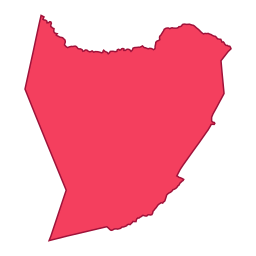 Palmas de Monte Alto, Bahia, Brazil (Mercator projection)
{"feature_id": "56859067B99815103572089", "entity_name": "Palmas de Monte Alto", "entity_type": "district", "adm_level": 2, "iso_a3": "BRA", "parent_name": "Brazil", "parent_adm1": "Bahia", "projection": "mercator", "projection_center": [-43.172, -14.195], "detail": "fine", "context": "isolated", "style": "filled", "palette": "rose", "viewbox_px": 256, "rotation_deg": 0, "n_neighbors": 0, "source": "geoboundaries", "source_scale": "gbopen_adm2", "svg_char_len": 3409}
<svg xmlns="http://www.w3.org/2000/svg" viewBox="0 0 256 256"><path d="M231.0,48.8L230.5,47.4L229.7,46.2L228.4,46.2L227.4,45.4L226.0,45.4L224.9,44.3L224.1,42.8L223.3,41.9L222.0,42.1L221.4,40.6L220.8,39.3L219.3,39.2L217.5,38.8L216.4,37.3L215.3,36.3L213.9,36.1L212.4,35.4L211.0,34.5L209.6,34.1L208.2,33.4L206.6,33.6L205.0,33.4L203.5,33.9L202.0,32.9L200.5,31.5L199.5,30.4L198.2,29.2L196.5,27.9L195.2,26.7L194.4,26.0L193.3,25.3L191.8,25.0L190.7,24.6L189.5,24.2L188.2,24.3L186.5,24.4L184.5,24.1L182.9,24.3L182.0,25.1L181.5,26.0L180.2,26.6L178.9,26.7L178.2,27.6L176.9,28.1L175.4,28.2L173.4,28.1L172.2,27.8L171.1,28.0L169.8,28.7L168.4,28.0L167.3,28.0L165.8,28.3L164.2,29.3L163.6,30.8L162.6,32.3L161.5,34.1L160.9,35.1L159.7,36.3L159.5,37.8L159.8,39.7L158.3,40.6L157.1,41.0L155.8,42.3L155.6,44.0L155.1,46.3L155.1,47.8L154.8,48.9L153.5,49.7L151.7,48.6L149.8,48.3L148.3,48.8L146.9,48.4L145.6,47.8L144.2,47.6L143.3,46.7L142.4,45.9L141.3,46.6L139.6,47.3L138.5,47.2L137.2,47.4L135.7,47.5L134.4,47.6L133.0,48.2L132.7,49.3L132.1,50.3L131.0,51.4L129.7,49.7L128.5,49.3L127.3,49.2L126.3,49.6L125.5,50.4L123.9,50.4L124.0,49.0L122.9,48.5L121.7,48.8L120.8,49.8L119.7,50.1L118.7,49.3L117.4,49.7L116.8,51.4L115.1,51.7L113.3,51.3L111.6,51.3L110.3,51.4L109.5,52.7L108.2,53.8L107.3,52.5L106.0,51.9L104.8,51.3L103.7,50.2L103.0,51.2L102.8,52.4L101.6,52.8L100.1,52.3L98.7,51.9L97.4,51.7L95.2,51.6L93.8,52.2L92.1,50.9L90.8,51.6L89.6,51.8L88.2,51.2L86.9,50.1L85.3,50.0L84.1,51.0L82.9,51.3L82.1,49.7L80.5,48.9L79.2,48.9L78.0,48.6L77.2,47.5L76.2,46.5L75.1,46.1L73.9,46.3L72.7,46.5L71.3,46.4L69.3,46.9L67.7,47.6L66.4,46.9L65.3,45.8L64.5,44.9L64.8,43.5L65.2,42.5L65.3,41.4L64.9,39.9L63.6,38.7L62.6,37.7L61.4,37.4L59.7,37.1L58.5,36.3L57.3,35.9L56.2,35.0L57.2,33.7L55.7,33.4L54.5,32.8L53.7,31.3L53.9,29.7L54.0,28.6L52.5,28.0L51.7,27.1L50.8,26.6L50.8,25.0L51.4,23.2L50.8,21.9L49.7,21.7L48.5,22.7L47.0,22.8L46.9,21.2L45.6,20.2L44.3,20.0L43.0,19.4L43.5,18.0L44.0,16.9L42.7,16.2L41.1,15.4L40.1,19.7L39.0,24.6L36.4,36.6L33.3,51.2L25.0,89.1L25.7,90.8L36.3,117.2L47.5,144.7L52.2,156.1L66.2,190.2L50.9,236.1L49.1,240.6L66.8,236.1L106.8,226.7L108.5,228.1L109.5,229.2L110.6,230.1L111.7,230.3L112.8,229.9L113.9,229.2L115.0,228.9L116.5,228.9L117.5,229.1L118.8,228.8L120.6,228.3L121.9,227.1L123.7,226.9L125.3,226.3L126.6,225.8L127.4,224.7L128.8,224.3L130.1,224.6L131.3,223.4L132.4,222.3L133.0,221.4L134.4,221.6L136.0,221.6L136.3,220.1L136.9,218.8L137.7,218.0L138.9,218.1L140.0,217.2L141.2,216.6L142.9,215.3L144.3,215.7L145.7,216.0L146.8,216.0L147.5,215.1L148.7,214.7L150.5,215.0L151.9,214.6L152.7,213.0L153.0,211.3L154.1,210.1L154.9,209.0L156.1,207.7L157.2,206.1L157.9,205.1L158.9,204.2L160.0,203.5L161.1,202.7L162.7,203.1L163.5,201.9L164.5,201.4L165.1,200.2L165.5,198.9L165.9,197.6L166.3,196.5L166.5,195.3L167.5,194.1L168.8,193.1L170.6,192.2L172.0,191.0L172.9,189.7L174.1,189.3L175.8,188.4L177.1,187.1L177.9,185.8L178.9,185.2L179.9,183.2L181.1,182.1L182.0,181.2L183.1,180.5L183.7,179.4L181.9,178.4L180.3,177.7L178.8,177.3L178.0,176.5L176.8,175.9L180.2,169.4L181.1,168.0L183.1,165.0L193.2,150.8L197.6,144.7L198.3,143.8L207.2,131.1L207.9,130.2L210.6,125.6L211.1,124.5L212.3,124.3L214.2,124.4L214.8,123.4L214.3,122.5L213.0,122.2L211.9,121.5L211.6,120.3L211.6,118.4L211.7,116.9L212.2,115.9L212.9,114.1L216.7,107.2L220.0,101.0L221.0,99.2L224.0,93.6L223.9,92.0L222.0,72.2L221.0,60.7L228.2,51.5L231.0,48.8Z" fill="#f43f5e" stroke="#9f1239" stroke-width="1.5"/></svg>